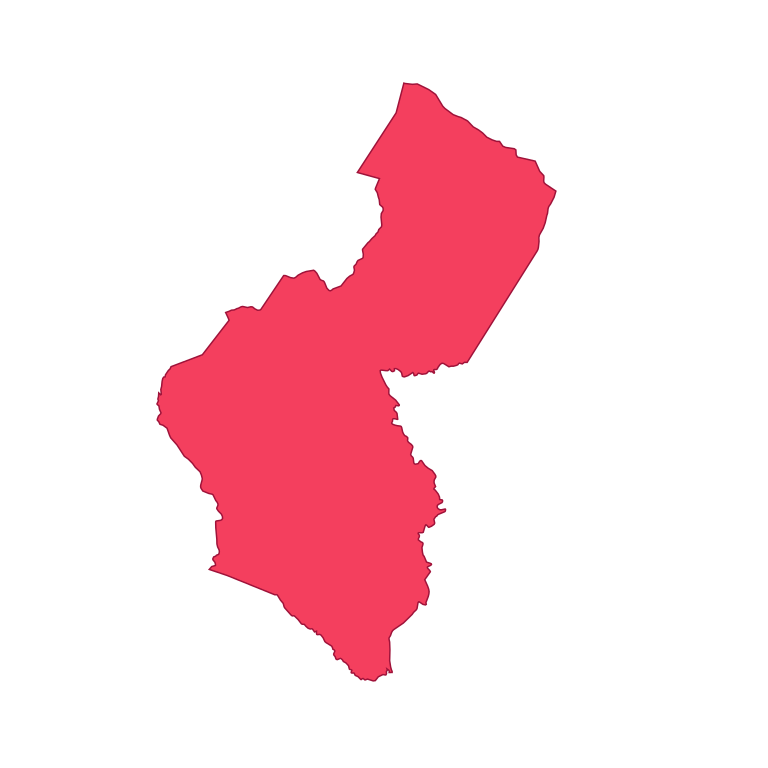 the district of Masaguara, Intibucá, Honduras, rotated 339°
{"feature_id": "27666195B25129383511057", "entity_name": "Masaguara", "entity_type": "district", "adm_level": 2, "iso_a3": "HND", "parent_name": "Honduras", "parent_adm1": "Intibucá", "projection": "natural_earth1", "projection_center": [-87.987, 14.384], "detail": "fine", "context": "isolated", "style": "filled", "palette": "rose", "viewbox_px": 768, "rotation_deg": 339, "n_neighbors": 0, "source": "geoboundaries", "source_scale": "gbopen_adm2", "svg_char_len": 6171}
<svg xmlns="http://www.w3.org/2000/svg" viewBox="0 0 768 768"><g transform="rotate(339 384 384)"><path d="M510.4,110.2L492.5,135.2L434.9,177.0L453.4,190.6L446.3,198.1L445.6,199.1L446.3,203.0L445.7,207.7L445.6,210.2L444.3,215.0L446.1,218.4L446.1,219.8L445.4,221.7L442.6,223.9L441.0,227.2L438.9,234.8L438.0,236.3L434.5,237.9L432.9,239.9L430.2,241.1L428.9,242.3L424.8,243.9L421.3,245.8L419.7,246.3L412.3,250.5L411.9,251.4L411.2,255.4L409.8,258.5L408.8,259.0L404.1,259.3L402.8,260.1L400.9,262.1L398.4,263.2L397.8,264.0L397.2,267.2L395.6,269.4L394.4,270.5L390.6,271.0L387.2,272.2L379.0,277.1L370.5,277.0L368.6,277.7L367.1,277.7L366.1,276.8L365.0,274.0L364.9,268.4L364.7,266.8L364.2,265.9L362.9,264.9L361.8,263.5L361.0,256.6L360.0,253.9L359.1,252.6L351.7,251.1L347.7,251.0L342.9,251.6L339.6,252.8L337.8,252.9L334.9,251.2L330.9,247.5L329.2,246.8L295.7,270.3L294.6,270.5L292.5,269.9L290.4,267.6L288.9,265.0L287.5,264.2L284.0,263.7L279.9,261.0L278.4,260.7L275.1,261.1L273.9,260.9L270.8,261.2L268.0,260.4L265.4,260.6L261.8,260.5L262.2,266.4L262.2,269.0L224.9,291.6L191.4,291.5L189.7,293.2L187.5,294.1L183.3,297.1L182.2,298.9L180.8,298.6L179.4,299.6L177.8,302.0L175.5,306.6L173.7,309.1L172.4,313.8L171.7,314.1L170.5,311.6L169.1,314.7L167.5,317.0L167.4,318.9L165.0,321.1L164.9,321.7L166.0,323.8L165.3,327.2L165.5,330.9L164.9,331.7L162.0,333.1L159.7,335.7L159.4,336.6L160.2,338.4L160.4,341.3L162.9,343.3L165.6,347.5L165.4,355.2L165.6,357.9L168.9,366.7L171.7,379.9L174.4,384.0L176.8,389.5L178.0,394.1L180.8,400.0L180.9,403.5L180.5,407.0L179.8,408.4L176.6,412.8L175.9,414.4L175.8,415.8L176.5,419.0L181.2,423.4L184.1,425.3L184.7,426.3L185.2,432.5L185.8,434.4L186.0,436.4L185.5,437.7L183.4,439.9L183.2,440.6L183.9,443.5L185.5,447.1L185.7,449.5L185.2,451.5L184.1,452.5L182.6,452.7L178.4,451.8L177.8,451.9L177.4,452.5L175.5,457.8L172.2,469.3L170.7,473.5L170.3,476.5L170.6,479.9L170.2,481.5L169.5,482.8L168.5,483.8L166.2,483.8L165.2,484.4L163.0,484.4L161.5,485.9L161.3,486.8L162.3,490.0L162.0,492.0L161.6,493.0L157.7,492.7L154.4,494.5L169.0,506.6L206.6,541.7L208.0,542.1L208.8,542.7L209.9,548.7L211.3,552.7L210.9,556.2L211.1,557.5L214.4,566.3L215.2,567.6L216.9,568.1L217.4,568.8L219.4,573.1L220.9,578.2L221.5,578.9L223.5,579.9L224.3,582.3L225.6,584.8L227.3,586.3L228.5,586.5L229.4,587.1L230.3,590.6L232.4,590.6L231.5,593.0L231.5,593.7L232.2,594.2L234.2,594.7L235.1,595.6L236.2,599.0L236.5,603.3L237.3,604.8L241.2,609.9L241.4,611.7L241.2,613.3L242.1,614.2L242.4,615.1L242.4,615.7L240.2,618.1L240.1,619.3L240.7,621.0L240.6,623.0L240.8,624.0L241.7,624.6L244.9,624.5L245.7,625.3L246.4,626.9L246.6,628.5L248.4,630.6L249.9,634.2L249.5,637.8L249.8,638.2L250.8,638.8L251.4,639.7L250.0,641.4L250.0,641.9L250.5,642.4L251.9,642.8L252.5,643.3L252.7,645.7L254.9,647.9L256.5,651.6L257.2,651.8L258.0,651.3L258.9,651.4L260.2,653.5L262.9,653.6L267.5,657.3L269.6,657.8L273.8,655.3L278.9,654.9L281.1,656.2L281.7,656.2L282.6,655.2L283.1,653.4L284.6,652.3L284.7,651.1L285.9,652.9L286.0,654.1L285.4,655.2L288.2,656.2L288.6,655.2L288.5,653.4L288.8,650.5L290.1,644.4L294.3,634.2L296.8,626.9L297.3,623.7L298.0,622.6L299.9,621.2L302.1,618.6L303.6,617.4L305.0,616.8L316.4,614.1L327.7,609.2L329.8,607.8L333.4,606.3L334.4,605.4L337.3,600.5L338.2,599.8L338.8,600.0L341.4,603.7L343.5,605.1L344.5,604.9L344.8,603.1L349.2,598.2L350.7,596.0L351.7,594.0L352.2,591.6L352.3,588.3L351.9,581.3L360.0,575.9L359.9,574.5L358.7,571.7L358.7,570.9L359.1,570.3L362.8,570.0L363.7,569.4L363.7,568.8L363.1,568.1L359.9,565.5L359.7,559.4L359.2,557.5L359.6,554.9L360.8,550.3L362.8,547.8L363.3,546.7L363.1,545.8L361.9,544.6L360.2,541.8L360.8,540.6L362.1,539.4L362.7,538.3L362.8,537.7L362.3,536.3L362.4,535.5L363.3,535.3L366.2,536.5L367.5,536.5L371.3,531.5L372.5,530.5L373.1,530.8L374.2,533.6L374.6,533.9L377.4,533.8L380.5,533.0L381.5,532.0L382.1,528.2L384.6,526.4L386.0,526.2L387.1,525.4L388.0,525.2L394.9,525.0L395.6,524.7L396.4,523.5L396.5,523.0L396.3,522.6L392.5,522.0L391.1,521.4L389.8,519.8L389.5,518.4L389.8,517.2L390.4,516.4L391.9,515.9L395.6,515.5L396.4,514.9L396.9,513.9L396.8,513.1L394.6,511.8L395.3,509.4L395.2,506.2L393.8,501.5L392.9,500.0L393.2,499.4L395.4,498.2L395.3,494.8L395.6,493.3L396.6,491.5L399.0,489.5L399.4,488.4L399.2,486.6L398.0,482.2L395.1,478.5L393.0,474.8L391.6,469.0L390.8,468.6L389.6,468.9L387.4,470.6L384.5,470.1L383.7,469.2L383.6,468.2L384.7,463.7L384.5,462.5L383.7,460.8L383.7,459.2L388.2,453.4L388.5,452.3L387.9,450.3L386.1,447.4L385.7,446.1L385.7,445.1L386.5,443.8L386.9,442.6L386.2,441.0L384.9,439.7L384.4,438.0L384.2,435.5L384.9,431.0L384.8,429.8L384.1,429.1L381.5,427.7L379.3,426.2L377.6,424.6L377.1,423.5L377.3,423.0L378.6,421.8L379.3,420.2L380.1,419.7L381.8,420.4L383.7,421.8L384.2,421.8L385.6,416.2L385.4,414.9L384.1,412.3L384.5,409.9L386.1,409.6L387.4,408.3L389.8,409.6L390.5,409.5L390.8,408.9L389.1,403.2L385.6,397.3L385.0,395.5L385.2,394.3L386.8,390.4L385.9,387.8L385.4,385.4L384.6,376.9L384.6,372.7L385.2,370.2L385.9,370.0L386.8,370.2L390.7,372.3L392.3,372.9L394.6,372.1L395.7,374.9L396.7,375.6L398.5,375.4L399.2,373.4L400.7,373.9L402.4,375.6L404.0,378.3L404.4,379.9L403.9,383.3L404.6,384.1L405.7,384.7L409.4,384.8L415.0,383.6L415.4,384.6L415.2,386.9L415.7,387.3L417.9,387.4L419.6,386.3L420.2,386.3L423.0,388.5L426.7,389.4L427.8,389.3L430.0,388.2L430.8,388.1L431.8,389.2L433.5,389.8L434.2,391.5L434.8,391.8L435.3,391.2L435.3,388.9L435.6,388.6L436.2,388.5L437.9,389.2L438.7,389.2L439.5,388.7L440.1,388.0L443.5,385.8L445.6,385.4L447.1,386.3L450.8,391.2L453.0,391.4L455.4,392.3L458.6,392.6L459.8,392.5L461.0,391.7L461.8,391.5L464.3,393.3L466.8,392.6L469.4,393.6L574.9,314.5L576.1,313.3L577.2,311.6L579.8,306.5L581.1,302.7L582.6,300.5L588.5,295.6L590.2,293.6L592.3,291.2L596.4,285.0L597.8,283.3L600.0,279.1L601.3,277.5L604.2,275.5L609.7,270.6L613.6,265.5L606.4,255.3L605.6,253.4L605.8,251.8L607.5,248.0L607.8,246.7L605.6,241.3L605.0,230.1L589.9,220.0L589.5,217.4L591.0,212.7L589.9,211.0L582.3,206.7L580.1,204.5L578.8,198.9L576.0,197.8L572.4,194.8L568.4,190.4L566.1,185.1L563.4,180.8L559.4,175.9L556.3,168.4L551.6,162.9L548.9,160.8L545.1,157.3L539.6,148.6L538.4,145.7L536.0,132.2L531.3,125.2L522.6,115.8L517.9,114.4L511.2,110.9L510.4,110.2Z" fill="#f43f5e" stroke="#9f1239" stroke-width="1.5"/></g></svg>